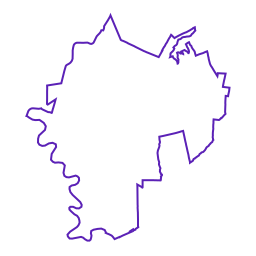 Butea, Iasi, Romania (Mercator projection)
{"feature_id": "2599482B5832134522428", "entity_name": "Butea", "entity_type": "district", "adm_level": 2, "iso_a3": "ROU", "parent_name": "Romania", "parent_adm1": "Iasi", "projection": "mercator", "projection_center": [26.967, 47.08], "detail": "fine", "context": "isolated", "style": "outline", "palette": "violet", "viewbox_px": 256, "rotation_deg": 0, "n_neighbors": 0, "source": "geoboundaries", "source_scale": "gbopen_adm2", "svg_char_len": 5665}
<svg xmlns="http://www.w3.org/2000/svg" viewBox="0 0 256 256"><path d="M105.7,232.9L106.6,233.3L109.1,234.3L111.5,235.5L112.1,236.0L113.0,237.0L114.6,239.1L119.4,237.0L119.5,237.2L122.6,235.6L131.6,231.7L130.3,231.1L133.2,229.2L133.4,229.5L133.7,230.4L135.3,229.7L135.3,229.4L135.5,229.0L138.1,227.3L138.3,227.1L138.2,226.9L138.0,226.4L138.0,225.8L138.0,219.9L138.0,219.4L137.9,213.4L137.9,212.6L137.8,211.4L137.6,207.5L137.7,206.2L137.6,204.7L137.4,186.6L137.3,184.5L141.5,186.9L142.3,187.6L142.5,187.5L142.6,187.2L142.6,186.1L142.6,183.0L142.6,180.2L144.0,180.2L152.8,180.2L160.6,180.4L160.9,179.8L160.8,179.1L161.1,177.6L160.9,176.4L161.1,176.1L161.8,175.6L162.0,175.0L161.9,174.5L161.2,174.1L160.9,174.0L160.8,173.8L160.7,173.0L159.9,171.7L160.0,170.7L159.9,169.8L160.1,169.2L160.4,168.5L160.4,168.1L159.9,167.0L159.0,164.6L159.0,163.6L159.2,162.2L158.3,159.4L157.5,153.0L157.9,150.5L159.3,146.8L159.5,145.3L159.2,144.6L159.3,143.9L159.8,143.0L160.0,142.0L159.5,139.8L159.3,136.7L162.9,136.0L175.5,133.1L179.8,131.9L180.9,131.5L183.1,130.9L184.3,136.4L185.2,140.7L185.4,141.6L185.9,143.6L186.2,145.3L186.7,147.3L187.5,151.0L188.4,154.7L188.9,157.7L190.0,162.1L190.0,162.7L192.1,161.3L192.6,161.0L193.1,160.4L193.4,159.3L193.8,158.9L194.7,158.6L194.8,158.3L195.7,157.7L196.1,157.5L196.3,157.2L196.7,156.9L197.0,156.8L197.6,156.3L198.9,155.5L199.7,153.9L200.3,153.6L200.8,153.3L201.3,152.6L201.9,152.3L202.9,152.1L203.4,151.8L205.0,150.1L206.2,148.1L206.3,147.7L207.2,146.8L208.5,146.0L208.7,145.8L209.1,145.0L209.4,144.7L210.3,143.8L210.3,143.6L210.6,143.3L211.4,142.6L212.2,142.1L212.7,140.8L212.9,140.2L213.3,139.9L213.1,139.5L212.9,138.1L212.7,137.5L212.8,135.8L212.9,135.2L212.8,134.4L212.9,132.1L213.3,128.8L213.2,127.2L213.3,124.3L213.4,123.9L213.5,121.7L213.4,121.2L213.5,120.7L213.6,119.4L218.9,120.0L219.4,119.8L220.3,118.9L221.0,118.1L221.5,118.2L222.1,117.4L222.7,116.9L224.1,115.2L225.0,114.4L225.5,113.9L225.1,112.1L225.4,104.0L225.3,103.3L225.4,100.4L225.7,95.9L228.1,96.2L228.3,94.7L229.1,91.2L229.5,87.7L222.9,86.9L223.0,85.9L224.0,80.8L224.5,78.8L225.6,73.6L217.8,73.2L217.6,75.1L217.4,76.2L213.9,70.6L211.9,67.2L211.1,66.1L210.7,65.4L210.0,63.9L208.7,58.9L208.6,57.9L208.1,55.9L207.7,53.4L207.1,51.3L205.3,52.0L203.0,53.1L199.4,54.2L195.8,55.7L195.2,53.8L194.6,51.4L194.1,50.8L193.6,50.0L193.0,49.3L191.9,47.6L191.6,46.8L191.3,45.9L191.0,45.6L190.3,45.1L190.0,44.7L189.3,42.9L189.0,42.2L187.6,42.9L185.9,44.2L186.6,45.6L187.0,46.8L187.9,48.2L188.3,49.2L188.8,50.4L189.0,51.4L189.0,51.9L188.8,52.6L188.6,53.1L188.3,53.1L188.0,52.6L187.4,51.8L185.4,50.7L184.6,50.0L183.6,50.4L181.3,51.5L181.6,51.9L182.4,52.6L183.2,53.8L183.2,54.0L182.6,53.7L182.0,53.4L181.5,53.4L180.8,53.6L180.4,53.5L179.6,52.7L178.4,52.3L178.0,52.3L177.2,52.6L177.0,52.8L177.5,53.9L177.8,55.4L177.6,56.6L177.6,57.7L178.4,59.4L178.5,59.7L178.3,61.1L178.4,62.0L178.3,62.6L177.9,63.5L177.6,63.6L177.3,62.1L177.1,61.4L176.8,60.9L175.9,59.8L174.7,58.9L174.2,58.7L173.7,58.2L173.0,57.2L172.7,56.3L170.1,57.1L170.5,56.1L170.4,54.8L170.6,53.3L171.7,52.2L172.7,51.3L173.7,50.0L174.3,48.5L173.4,47.5L174.5,46.2L174.8,45.9L176.2,45.1L176.7,44.5L177.0,44.0L177.2,43.5L177.4,42.3L177.9,40.7L178.1,40.2L178.4,39.6L180.3,39.1L180.7,38.9L182.0,37.7L182.4,37.4L183.4,37.1L185.3,36.9L186.5,36.6L189.1,36.4L190.0,36.1L191.0,35.5L191.2,35.0L192.0,33.9L192.7,33.5L193.7,32.4L194.4,31.5L195.3,30.6L195.1,30.0L194.8,27.3L193.1,28.1L193.1,28.4L190.6,29.8L190.1,30.2L186.4,32.2L184.7,32.8L182.4,33.8L178.6,35.7L175.7,37.3L174.5,38.1L171.6,35.2L171.1,34.8L170.5,35.9L170.3,36.5L170.1,36.9L169.6,37.6L169.3,38.0L168.0,40.3L166.9,42.5L166.0,43.7L165.4,44.8L165.0,45.7L164.3,46.8L164.0,47.0L163.8,47.4L162.7,49.3L162.0,50.7L162.3,50.8L158.7,57.1L147.1,52.4L146.7,52.3L145.3,51.6L144.0,51.1L135.1,46.7L134.5,46.3L128.6,43.6L127.6,43.1L127.5,42.9L124.7,41.6L123.1,40.9L122.1,40.6L120.8,39.9L110.5,15.4L110.2,16.2L108.0,20.1L104.1,26.2L104.1,27.7L103.7,29.3L103.2,30.4L102.1,30.2L101.3,30.3L100.7,31.8L100.2,32.5L99.5,33.4L97.9,35.0L96.8,36.2L96.4,36.9L94.2,41.4L93.7,42.4L93.3,42.9L92.8,43.3L92.2,43.6L91.4,43.9L90.9,43.8L90.3,43.8L87.8,42.7L87.2,42.6L83.4,42.8L77.0,42.7L76.3,42.9L75.5,43.2L74.5,44.0L73.9,44.8L73.6,45.7L73.1,47.8L72.8,49.7L72.7,50.4L72.7,52.5L72.7,54.2L72.6,57.5L72.6,58.6L72.3,59.6L71.9,60.7L71.2,61.7L70.4,62.7L69.6,63.3L68.7,63.9L67.0,64.8L66.3,65.3L65.8,66.0L65.5,67.0L64.3,71.1L63.3,75.2L61.8,81.2L61.3,83.3L47.1,85.5L47.2,88.5L47.1,91.2L47.1,98.4L47.0,103.9L47.1,104.2L47.7,104.6L55.6,99.4L54.7,102.9L53.3,107.7L52.9,108.9L51.9,112.6L51.7,112.9L51.1,112.7L50.2,112.3L49.9,112.2L48.1,112.1L42.8,109.6L41.6,108.9L41.4,108.7L42.0,108.2L40.7,108.5L38.7,108.8L33.2,108.3L32.2,108.3L31.5,108.5L30.7,108.8L29.9,109.3L29.2,109.9L28.3,111.1L27.8,112.5L26.6,115.8L26.5,116.0L27.2,116.2L29.1,117.6L32.5,119.6L35.3,120.1L39.5,119.9L43.8,122.9L45.8,126.2L45.0,129.9L39.0,135.5L38.1,138.7L38.0,142.5L39.4,144.7L42.2,145.9L45.0,145.6L48.9,143.4L52.6,142.8L55.8,144.3L56.1,147.0L51.7,153.9L51.0,159.7L52.9,161.8L55.0,162.7L58.4,162.4L62.5,162.9L64.8,165.4L63.5,172.8L64.4,175.8L66.4,177.1L69.0,177.4L75.7,175.6L77.5,176.4L78.9,177.8L79.1,180.5L77.7,183.2L75.2,184.8L71.7,185.5L69.6,187.0L69.5,189.0L70.4,192.1L72.7,195.0L80.3,202.1L81.7,204.9L81.4,206.8L79.0,208.4L76.3,208.3L73.1,206.8L70.3,206.8L69.3,207.9L69.5,209.6L71.1,211.3L74.4,214.3L77.1,215.8L78.7,218.0L79.4,220.6L79.6,222.7L78.4,225.4L76.9,227.1L70.1,231.7L67.5,234.6L67.9,236.5L69.6,238.5L72.2,238.6L81.1,236.9L83.2,237.7L84.9,239.2L87.3,240.6L89.5,240.6L90.6,239.6L91.2,237.5L91.5,235.6L90.9,233.3L91.2,231.0L93.6,229.7L97.6,228.9L101.3,228.6L104.7,230.0L105.9,232.4L105.7,232.9Z" fill="none" stroke="#5b21b6" stroke-width="2"/></svg>